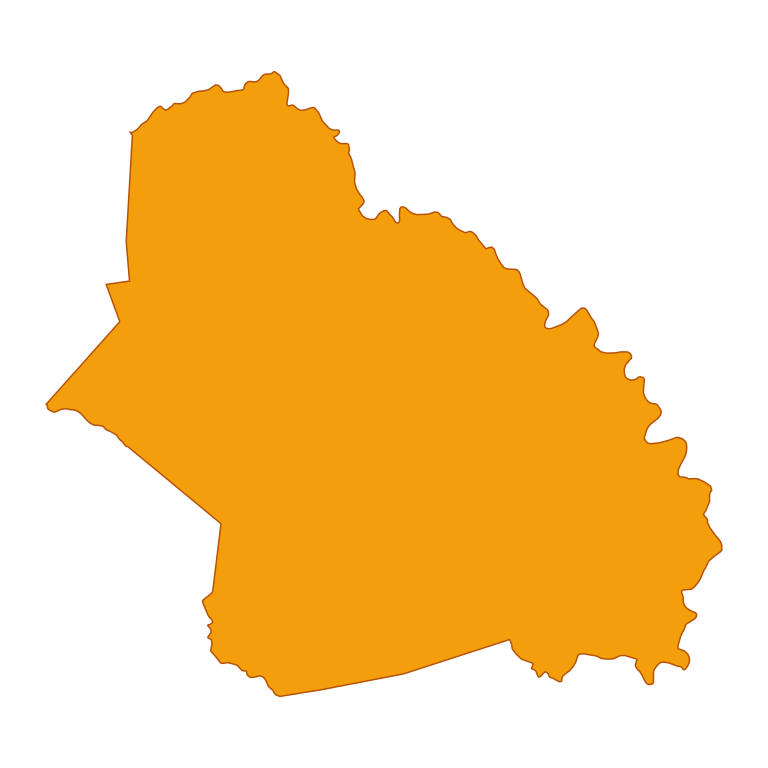 outline of Yuscaran, El Paraíso, Honduras
{"feature_id": "27666195B81385886170314", "entity_name": "Yuscaran", "entity_type": "district", "adm_level": 2, "iso_a3": "HND", "parent_name": "Honduras", "parent_adm1": "El Paraíso", "projection": "albers", "projection_center": [-86.803, 13.967], "detail": "fine", "context": "isolated", "style": "filled", "palette": "amber", "viewbox_px": 768, "rotation_deg": 0, "n_neighbors": 0, "source": "geoboundaries", "source_scale": "gbopen_adm2", "svg_char_len": 6063}
<svg xmlns="http://www.w3.org/2000/svg" viewBox="0 0 768 768"><path d="M710.4,486.1L705.0,482.3L698.2,479.0L695.3,478.6L688.5,478.8L685.5,477.4L680.1,476.9L678.6,475.5L678.0,473.1L678.5,469.4L680.1,465.6L684.9,456.6L686.0,453.3L686.6,450.5L686.7,446.2L686.3,443.3L685.2,441.3L683.0,439.3L681.4,438.4L677.0,437.3L669.3,440.1L659.5,442.8L650.3,443.8L647.7,443.0L645.7,441.1L644.7,439.2L644.4,437.4L646.9,429.3L648.7,426.4L650.8,423.9L657.8,418.5L659.3,416.8L660.4,415.2L661.0,413.3L661.2,411.6L660.9,410.5L658.8,406.9L656.9,404.5L655.9,404.0L651.6,403.4L649.5,402.6L647.4,400.8L645.5,398.1L644.0,394.8L643.3,392.2L644.3,379.6L644.0,378.7L643.4,377.8L641.5,377.0L639.1,376.9L638.2,377.3L636.7,378.8L635.1,379.5L633.4,380.0L631.4,380.1L629.2,379.6L627.5,378.8L626.1,377.7L625.1,376.2L624.5,373.6L624.2,369.0L626.2,363.7L627.5,362.8L629.1,360.6L631.4,358.4L631.5,355.5L630.0,353.4L627.9,352.0L623.2,351.8L620.2,352.0L615.3,352.9L606.6,353.1L601.1,351.9L594.6,346.8L594.2,345.5L594.3,343.9L597.6,337.2L598.3,334.6L598.3,332.5L594.2,321.6L591.3,317.9L587.4,311.1L585.6,308.9L584.5,308.2L583.4,308.0L582.2,308.1L580.8,308.6L573.7,314.8L566.8,321.4L562.6,324.1L551.7,328.4L548.4,328.7L546.3,328.2L545.5,327.8L544.9,326.8L544.7,324.4L545.5,321.1L548.5,315.2L548.5,312.6L548.1,310.7L546.7,309.0L542.1,305.6L540.5,304.1L539.0,301.9L537.7,299.5L536.3,297.9L525.0,288.3L522.9,283.8L520.2,274.2L518.7,271.3L517.5,270.2L515.8,269.4L508.3,269.1L504.2,267.9L501.2,264.2L497.7,258.4L495.3,252.6L494.7,250.1L493.7,248.7L492.2,247.4L490.8,247.1L486.6,248.6L485.5,248.3L478.6,240.0L475.8,235.2L472.1,232.1L470.7,231.5L469.4,231.5L465.9,232.6L464.9,232.6L458.2,229.4L455.8,227.4L452.2,223.2L450.7,220.1L449.9,219.1L446.9,217.5L441.5,216.3L438.6,213.0L437.5,212.3L434.7,212.0L431.1,213.3L426.9,214.3L416.5,214.6L411.1,212.7L408.4,210.6L405.8,208.0L403.2,206.9L401.9,206.9L400.9,207.2L399.8,209.0L399.4,215.3L399.7,219.3L399.2,222.0L398.3,222.9L396.8,222.9L395.7,222.4L392.4,217.1L389.0,213.6L387.3,211.2L386.2,210.4L383.5,210.9L380.6,212.5L378.9,214.1L376.3,217.8L375.1,218.9L374.2,219.3L370.7,219.5L367.7,218.9L365.4,218.0L362.4,215.9L358.3,209.0L362.7,204.3L363.8,202.3L364.0,200.9L362.3,197.4L359.6,194.0L356.8,189.6L354.8,183.4L354.5,181.8L355.0,174.7L354.9,172.3L351.4,158.9L348.6,153.1L349.5,149.3L348.5,144.5L347.6,143.8L346.3,143.5L342.0,143.7L340.0,143.4L337.9,142.1L335.3,139.6L334.1,138.0L333.8,137.1L336.7,135.7L338.6,133.8L339.4,132.2L339.2,130.7L338.1,130.0L335.4,130.2L332.9,130.0L330.3,129.0L328.5,127.7L322.4,121.0L318.8,112.9L314.8,108.1L313.5,107.6L311.8,107.6L305.0,109.9L300.9,110.4L297.7,109.1L294.2,105.9L293.0,105.2L291.7,105.1L289.2,105.9L287.3,105.5L286.9,103.7L288.4,93.7L288.5,90.5L288.3,88.6L287.6,87.5L284.9,84.9L283.3,82.8L280.0,75.5L275.2,72.0L273.9,71.6L272.5,72.9L270.1,74.1L265.7,74.1L264.0,74.6L262.3,75.9L258.8,80.2L256.4,81.7L254.6,82.0L249.5,81.4L247.6,82.0L246.3,83.0L245.0,84.5L244.2,86.6L243.9,89.0L243.4,89.5L242.5,90.0L236.6,90.6L228.9,92.2L224.1,91.9L223.0,91.2L221.3,88.3L219.4,86.1L217.5,85.1L215.5,84.9L208.3,89.8L203.3,91.0L198.7,91.3L192.6,93.1L191.5,94.3L190.0,97.0L184.9,102.1L180.9,103.8L174.2,103.5L172.4,105.7L168.1,109.0L166.8,109.7L165.6,110.0L164.4,109.7L161.1,106.7L160.2,106.3L159.4,106.4L156.3,108.6L153.1,112.1L147.0,120.9L141.7,124.3L137.3,129.4L132.7,132.2L131.3,132.6L130.3,132.4L132.4,135.2L126.2,241.5L129.5,281.1L106.2,284.4L119.8,321.7L46.1,404.3L47.1,404.8L47.6,408.0L48.4,409.4L51.0,410.9L53.8,412.0L55.6,411.9L61.6,409.2L64.7,408.8L67.3,408.8L69.4,409.6L73.5,409.8L76.2,410.6L78.7,412.0L81.0,413.7L87.8,421.2L91.4,423.9L94.1,425.1L100.9,425.7L102.5,426.1L103.6,426.8L104.8,428.4L106.4,429.8L110.6,431.6L116.4,435.0L119.8,439.7L123.1,442.3L124.1,444.2L125.4,445.9L126.4,446.4L127.8,446.6L221.0,523.7L212.8,590.7L212.3,592.1L211.2,593.6L203.8,599.4L202.7,600.4L202.5,601.1L203.8,605.6L204.7,606.6L205.1,608.3L208.2,615.5L209.2,617.1L211.8,619.6L212.7,622.0L212.7,622.5L211.8,623.2L209.8,624.6L208.4,624.7L207.7,625.6L210.4,628.7L211.1,630.9L210.8,633.2L208.6,635.8L207.8,637.2L208.1,637.9L211.0,639.4L211.8,640.9L211.9,644.4L210.7,650.9L211.4,651.9L215.1,655.9L220.7,663.0L222.5,663.4L228.0,662.6L236.7,665.0L238.5,666.7L241.9,670.4L243.6,670.9L246.2,671.0L247.2,674.8L248.5,676.2L249.9,677.1L251.5,677.4L253.5,677.3L259.7,675.9L262.9,676.9L264.2,678.1L265.7,680.2L268.6,686.8L273.0,690.3L274.2,693.1L275.9,694.9L279.9,696.4L320.9,689.8L403.5,673.9L509.6,639.5L511.7,644.6L512.2,648.7L513.9,651.2L516.3,654.2L521.4,659.1L532.9,663.3L533.1,664.6L531.6,667.5L531.5,668.4L532.4,669.1L534.6,669.9L535.5,670.6L536.4,672.2L537.7,675.8L538.8,677.1L540.1,676.7L544.7,672.1L545.8,671.9L546.7,672.3L547.7,673.2L548.4,674.4L549.0,676.3L550.2,677.4L552.6,678.1L559.2,681.7L560.0,681.7L561.6,681.1L562.0,678.1L562.8,676.3L564.4,674.6L569.7,670.6L572.5,667.4L575.6,662.5L577.8,655.7L578.8,654.6L580.3,653.9L584.5,653.8L587.9,654.6L593.8,655.5L597.6,656.4L601.2,658.5L607.6,659.1L613.2,658.8L620.4,655.6L624.9,655.5L635.8,658.8L636.9,659.3L637.0,660.1L636.2,661.7L635.4,664.8L635.6,666.2L636.2,667.6L637.6,669.5L639.8,671.7L641.2,673.7L645.1,681.4L646.3,683.1L647.4,684.0L648.7,684.5L651.8,684.2L653.0,683.4L653.5,681.7L653.5,672.3L653.9,670.1L657.1,665.4L659.9,662.9L661.5,662.4L663.8,662.1L668.7,662.9L677.4,666.1L680.8,666.7L682.0,667.6L683.0,669.3L684.1,669.9L685.1,669.4L686.6,667.7L688.1,665.2L689.1,662.7L689.5,660.7L689.5,658.8L688.9,656.5L687.8,654.2L686.1,652.4L683.7,650.6L678.5,648.9L678.0,647.6L678.1,645.4L680.9,635.4L684.3,629.0L686.0,624.3L694.6,618.9L696.3,616.8L696.7,614.9L696.3,613.7L695.3,612.7L689.6,610.2L686.1,607.6L684.7,605.7L683.4,602.6L683.1,596.6L681.6,592.6L681.6,591.2L682.2,590.4L683.2,590.0L691.2,589.2L692.6,588.4L694.9,586.4L697.4,583.4L700.3,579.0L703.8,570.7L705.6,567.7L708.8,561.0L714.3,556.2L720.3,551.9L721.5,550.5L721.9,549.1L721.7,545.1L720.5,541.8L719.1,539.7L715.4,535.5L709.7,527.4L707.6,522.7L707.5,520.4L706.9,518.5L703.5,514.8L704.1,513.0L705.8,510.7L709.5,501.7L709.6,494.2L710.2,492.4L711.3,491.1L711.7,489.8L710.4,486.1Z" fill="#f59e0b" stroke="#b45309" stroke-width="1.5"/></svg>